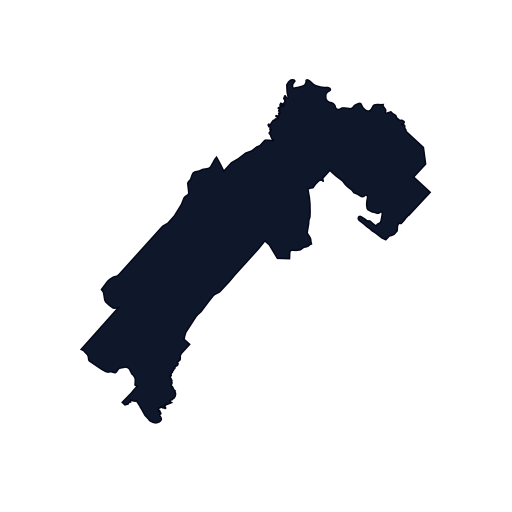 outline of Liverpool, New South Wales, Australia, rotated 303°
{"feature_id": "25037944B81685478885528", "entity_name": "Liverpool", "entity_type": "district", "adm_level": 2, "iso_a3": "AUS", "parent_name": "Australia", "parent_adm1": "New South Wales", "projection": "albers", "projection_center": [150.793, -33.953], "detail": "fine", "context": "isolated", "style": "filled", "palette": "ink", "viewbox_px": 512, "rotation_deg": 303, "n_neighbors": 0, "source": "geoboundaries", "source_scale": "gbopen_adm2", "svg_char_len": 6054}
<svg xmlns="http://www.w3.org/2000/svg" viewBox="0 0 512 512"><g transform="rotate(303 256 256)"><path d="M265.7,275.2L272.0,285.6L277.7,282.2L278.6,282.0L279.6,282.3L280.6,283.1L282.5,286.6L284.9,289.4L285.7,290.0L289.3,291.3L291.3,293.4L293.0,294.5L295.0,295.0L296.3,296.0L297.5,294.7L300.1,292.5L301.3,290.5L302.9,286.8L303.9,286.0L311.3,282.8L314.7,280.9L318.1,280.0L322.1,277.6L329.1,272.9L334.0,269.0L340.5,263.0L343.1,265.2L344.2,266.6L348.9,266.8L353.5,267.8L354.7,268.8L355.4,269.9L355.5,270.6L355.0,272.1L357.4,269.6L368.1,271.3L367.5,274.2L366.7,279.6L366.1,287.8L364.6,291.9L363.9,295.6L363.6,299.9L363.2,301.5L362.4,303.5L363.1,307.4L363.2,311.8L363.6,312.9L364.7,314.0L366.9,314.6L367.3,316.0L366.7,317.1L365.6,317.8L362.6,319.0L359.3,320.8L356.4,323.3L355.8,324.7L356.1,328.7L356.4,330.0L356.9,330.8L357.8,334.4L358.7,335.6L361.2,336.7L361.4,337.6L360.8,338.4L359.4,339.3L353.4,341.8L351.4,342.0L348.6,340.4L347.3,340.5L346.8,340.2L346.6,339.3L346.8,336.6L347.4,332.4L346.0,330.0L346.3,327.1L346.2,322.6L346.0,321.8L345.3,321.0L344.6,320.8L343.7,321.0L343.0,321.4L342.2,322.6L342.0,324.1L341.6,329.0L341.0,332.9L340.9,336.4L340.4,339.4L340.4,344.0L339.7,351.7L340.3,356.0L345.8,357.0L346.6,358.2L349.3,360.0L354.0,360.7L358.1,358.4L361.1,357.7L361.6,359.0L362.4,360.1L367.3,360.9L367.3,360.6L374.2,361.8L374.0,362.1L404.3,367.4L408.1,345.2L425.5,348.2L438.2,337.3L442.2,314.1L443.5,312.9L444.2,311.1L446.2,309.9L446.6,308.7L446.2,307.6L445.5,306.9L445.5,306.5L448.0,307.6L448.7,307.6L449.4,306.9L449.4,304.6L448.2,302.9L448.1,302.0L448.5,298.9L448.8,298.1L449.6,297.3L450.0,296.5L449.9,292.9L450.4,290.6L446.7,287.6L446.5,286.8L446.8,286.2L448.4,285.8L449.4,284.9L450.9,281.1L451.5,280.4L452.3,280.2L450.8,278.2L449.4,275.6L447.8,273.6L447.0,272.9L446.1,272.5L441.6,272.8L440.2,272.4L438.9,271.6L438.2,270.1L438.0,268.2L438.4,265.7L438.9,264.3L440.8,261.1L440.7,260.1L439.9,259.1L437.6,257.5L435.8,256.6L433.1,256.3L431.3,255.5L428.2,249.3L427.1,247.6L424.3,246.0L423.4,244.8L423.2,243.4L423.7,241.9L425.2,240.2L425.9,238.0L425.7,235.8L424.9,234.0L424.8,231.3L426.0,228.9L429.4,226.6L431.1,226.4L432.8,226.8L435.3,228.0L436.4,227.6L436.8,226.7L436.6,224.9L435.7,223.2L434.6,221.7L432.9,218.2L431.4,213.3L431.2,211.0L432.0,206.0L432.0,204.2L431.6,202.9L430.9,202.4L430.5,202.4L429.1,203.3L428.1,203.5L426.8,203.8L425.4,203.5L423.4,202.2L420.0,199.1L418.8,197.7L417.4,196.5L417.1,195.8L417.7,194.6L419.2,193.6L420.6,193.2L423.8,193.4L424.2,192.9L424.3,192.1L423.8,190.6L422.3,189.2L419.6,188.5L416.3,188.6L410.4,192.8L406.7,196.5L406.0,196.8L405.6,196.7L405.3,196.1L405.4,195.2L406.3,193.5L406.2,193.1L405.8,192.9L403.2,193.5L402.9,193.9L403.3,194.6L403.2,194.9L402.0,195.4L401.2,196.3L399.7,196.1L398.9,196.3L397.0,197.6L395.9,197.0L395.2,195.8L395.6,195.6L398.0,196.0L398.1,195.8L397.6,193.6L395.8,193.8L394.3,195.2L392.7,194.2L392.1,194.1L392.0,194.3L392.2,195.3L392.1,196.1L391.7,196.2L390.9,195.8L390.0,196.0L389.8,197.2L389.3,198.3L388.1,197.3L387.6,197.6L387.1,198.4L385.4,198.9L384.8,198.4L385.1,197.7L385.0,196.9L384.3,196.4L383.9,196.8L384.0,198.5L383.5,199.2L382.2,198.5L381.3,198.6L380.8,198.3L381.6,198.1L381.5,197.6L380.7,197.6L380.3,198.0L379.7,197.1L379.1,196.6L375.8,196.4L374.2,196.6L373.8,196.9L373.5,196.4L373.6,195.0L372.4,194.8L371.4,196.7L371.9,197.4L371.8,197.9L371.2,198.4L370.0,198.5L369.5,199.1L369.6,199.4L370.2,199.3L370.0,200.3L368.2,200.0L367.1,200.2L366.4,200.0L366.1,200.2L365.4,202.1L365.6,203.1L364.8,203.0L364.5,203.2L363.1,205.5L362.8,206.4L362.8,207.1L362.4,207.7L362.0,207.4L359.5,202.6L358.2,200.7L357.1,200.3L350.6,199.2L348.0,197.3L341.7,195.1L336.7,191.3L327.9,188.2L320.8,184.6L309.6,182.8L313.4,176.4L317.4,169.1L315.1,168.8L306.2,169.4L304.4,169.0L302.7,167.6L299.6,164.1L296.4,162.1L293.2,158.9L291.5,158.1L289.1,158.3L285.2,159.3L284.1,159.4L281.6,158.9L279.8,159.1L272.4,165.2L271.2,165.6L270.2,165.5L267.2,164.2L265.6,164.0L258.5,165.4L245.2,165.7L235.4,164.2L230.4,161.6L229.0,161.3L165.9,151.2L163.6,150.5L160.6,147.8L156.6,146.0L153.8,145.3L143.7,144.6L143.5,144.9L143.1,146.5L142.7,147.4L141.6,148.7L136.7,153.1L135.6,155.0L134.8,159.5L134.5,164.3L135.0,165.6L137.7,168.7L82.4,160.2L82.7,162.2L82.7,163.4L82.2,164.9L81.5,168.1L80.7,169.7L77.7,172.4L77.2,173.4L76.9,187.7L77.2,192.8L77.9,195.0L80.0,197.4L81.0,200.7L81.4,201.5L82.5,202.0L86.5,202.2L87.4,202.5L91.8,207.1L92.5,208.8L92.3,211.4L90.0,215.2L89.5,216.2L89.2,218.1L88.3,220.1L87.4,221.4L86.0,222.5L82.0,224.7L81.8,225.1L82.2,227.3L77.3,226.5L73.2,226.1L60.4,223.5L59.7,227.2L62.3,229.4L64.2,229.1L65.2,230.4L66.8,229.4L67.1,229.5L67.2,230.6L68.0,233.0L68.7,234.1L69.5,234.5L66.9,240.3L66.1,241.5L65.3,243.4L61.9,249.7L60.8,254.4L60.0,256.5L60.3,259.9L61.2,262.5L62.5,264.0L64.2,265.2L65.6,265.7L67.2,265.7L68.2,265.0L69.1,263.6L69.6,262.2L70.1,261.9L70.9,261.7L71.9,262.1L72.3,261.8L73.1,260.6L72.8,259.3L73.8,259.3L73.7,258.6L73.3,258.2L73.9,257.6L74.9,257.7L75.3,257.1L77.0,258.6L77.2,258.3L77.5,258.4L78.0,259.1L78.4,258.9L78.4,259.9L78.0,259.9L77.8,260.4L78.5,261.6L78.5,262.6L79.0,263.1L79.5,262.9L79.7,262.2L79.7,261.7L80.6,261.5L80.6,260.8L81.1,260.6L81.3,261.4L82.5,261.3L82.2,261.6L87.1,265.1L87.2,263.5L87.7,262.5L88.7,262.9L89.0,263.3L89.6,263.4L89.8,263.9L90.4,263.9L92.0,264.6L94.4,264.6L96.6,263.7L97.5,262.7L97.7,262.0L98.3,261.8L98.8,261.8L99.1,260.0L100.9,257.0L101.0,256.1L100.3,256.3L100.7,255.7L101.4,254.9L102.9,255.0L103.3,254.6L103.9,254.7L104.1,254.1L105.8,253.3L107.7,249.9L108.1,249.2L108.9,249.2L109.0,249.5L108.9,249.9L109.4,250.1L109.8,249.9L110.3,249.1L111.5,249.0L111.8,248.6L113.0,249.2L114.0,248.6L114.8,249.0L117.0,248.8L117.6,249.1L118.3,248.4L118.9,248.7L120.2,248.8L121.0,249.5L122.5,249.6L123.5,249.1L123.8,248.2L124.3,247.7L125.3,248.3L127.7,248.9L129.8,247.8L130.9,246.7L132.4,246.7L133.2,246.4L145.8,248.5L147.0,240.6L148.0,240.7L149.9,239.8L153.9,238.7L172.4,238.7L174.9,239.0L179.3,240.2L192.3,241.1L199.7,241.8L201.2,242.3L205.8,244.9L207.4,245.3L219.9,247.5L228.9,248.6L263.6,254.2L273.5,255.2L272.6,261.1L265.7,275.2Z" fill="#0f172a" stroke="#020617" stroke-width="1.5"/></g></svg>